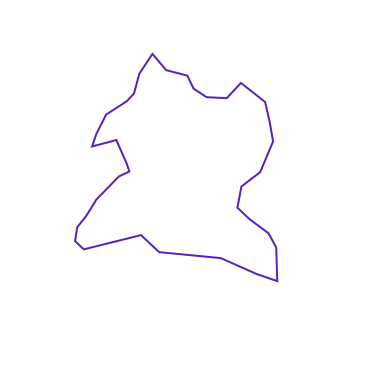 map outline of Mališevo (orthographic projection), rotated 223°
{"feature_id": "KOS-5911", "entity_name": "Mališevo", "entity_type": "District", "adm_level": 1, "iso_a3": "XKX", "parent_name": "Kosovo", "parent_adm1": "", "projection": "orthographic", "projection_center": [20.745, 42.495], "detail": "fine", "context": "isolated", "style": "outline", "palette": "violet", "viewbox_px": 384, "rotation_deg": 223, "n_neighbors": 0, "source": "natural_earth", "source_scale": "10m", "svg_char_len": 603}
<svg xmlns="http://www.w3.org/2000/svg" viewBox="0 0 384 384"><g transform="rotate(223 192 192)"><path d="M232.0,76.3L244.0,76.3L251.9,87.9L253.0,102.1L256.8,121.4L256.1,153.5L251.8,164.3L259.5,168.4L282.8,178.4L296.1,157.2L301.6,169.3L307.6,190.1L301.6,214.0L301.6,224.5L311.2,242.6L315.1,266.0L294.0,263.5L274.8,273.9L261.3,268.7L246.0,271.3L230.6,284.3L230.6,305.1L199.9,307.7L184.5,297.3L167.2,284.3L155.7,253.1L159.6,229.7L148.1,211.5L130.9,211.4L107.8,214.0L92.5,208.8L68.9,185.0L89.0,176.0L125.8,163.3L175.0,125.6L199.9,125.7L232.0,76.3Z" fill="none" stroke="#5b21b6" stroke-width="2"/></g></svg>